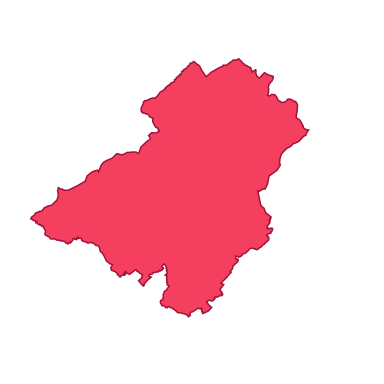 Cahir Lea-4, South Tipperary, Ireland, rotated 138°
{"feature_id": "5873133B92286849050160", "entity_name": "Cahir Lea-4", "entity_type": "district", "adm_level": 2, "iso_a3": "IRL", "parent_name": "Ireland", "parent_adm1": "South Tipperary", "projection": "equal_earth", "projection_center": [-7.943, 52.328], "detail": "fine", "context": "isolated", "style": "filled", "palette": "rose", "viewbox_px": 384, "rotation_deg": 138, "n_neighbors": 0, "source": "geoboundaries", "source_scale": "gbopen_adm2", "svg_char_len": 6052}
<svg xmlns="http://www.w3.org/2000/svg" viewBox="0 0 384 384"><g transform="rotate(138 192 192)"><path d="M63.9,160.0L65.8,162.6L66.2,165.3L65.3,166.6L63.9,172.2L63.8,174.2L64.5,175.9L64.7,177.9L59.4,182.1L55.4,186.0L54.9,187.0L54.7,189.2L54.3,189.8L55.6,191.2L55.7,192.6L56.8,195.3L57.9,196.0L58.1,196.5L59.3,197.0L60.4,196.2L63.6,197.1L65.8,199.0L65.9,200.9L66.7,201.8L66.8,202.7L65.9,204.2L65.9,205.7L65.5,206.3L65.3,208.6L65.6,209.5L66.3,209.7L67.5,211.3L69.7,211.3L70.7,212.2L71.1,213.2L68.9,214.4L65.8,217.6L65.2,219.0L63.7,219.9L63.4,219.8L63.1,220.4L61.9,220.8L61.0,220.6L59.3,221.1L58.3,221.0L55.9,222.1L54.2,223.5L57.1,228.3L58.3,232.2L65.5,231.5L66.3,234.3L66.0,235.3L65.1,237.7L63.2,239.3L62.9,240.3L67.1,241.0L66.0,243.2L65.2,245.5L66.3,247.0L66.6,249.0L67.8,251.0L67.5,251.5L67.8,253.0L68.2,253.3L67.9,255.5L68.1,259.8L70.6,260.3L73.2,262.6L74.1,262.4L82.1,263.3L83.1,264.7L84.3,265.4L84.8,264.8L85.8,265.0L87.6,265.9L97.8,268.2L99.9,268.0L104.4,268.3L103.2,276.7L102.5,278.7L102.1,281.2L102.4,282.7L102.8,283.0L102.7,284.3L103.2,285.1L103.0,286.8L103.6,287.9L106.4,288.1L106.9,288.3L107.1,288.9L108.8,288.1L110.9,288.3L112.8,287.7L116.6,288.5L117.0,287.6L117.4,287.5L119.1,288.5L121.0,286.6L122.4,287.6L122.8,287.5L123.2,286.6L124.2,287.3L125.9,287.2L127.1,287.5L127.8,286.8L128.7,286.6L129.8,287.2L130.3,286.3L130.9,286.0L133.3,286.3L134.1,287.1L135.7,286.7L137.2,287.1L136.5,286.5L136.9,286.4L137.6,286.5L138.2,287.1L141.7,287.2L142.2,287.1L142.6,286.5L143.6,287.0L145.0,286.7L148.8,287.5L153.2,286.5L155.7,286.4L157.1,286.9L157.9,287.8L160.1,289.1L164.3,290.2L165.8,291.4L167.8,291.4L169.1,290.2L172.8,288.8L174.9,287.2L175.7,285.8L175.8,284.9L175.4,284.7L175.6,283.4L174.6,282.6L174.0,280.8L172.9,279.6L172.7,278.4L173.2,276.2L172.5,275.0L172.4,274.2L171.6,273.1L174.0,270.7L174.8,268.5L174.8,267.6L175.3,266.7L175.5,264.1L175.3,264.1L174.8,263.0L175.5,260.0L175.4,259.0L179.6,260.1L182.2,263.1L186.4,263.0L187.1,259.5L189.1,259.3L190.9,259.8L199.7,259.6L205.9,256.3L206.9,259.1L209.4,261.5L212.0,263.3L213.3,264.6L218.8,266.2L220.6,268.3L221.4,270.0L222.6,270.9L227.3,270.5L228.9,270.6L234.9,272.7L238.0,273.3L241.6,272.7L248.0,269.5L247.7,271.4L250.4,272.9L253.9,273.9L259.2,274.1L264.1,271.5L272.9,273.3L282.9,276.2L286.1,279.1L286.4,280.8L288.1,282.8L287.9,283.3L288.5,284.6L290.7,283.2L293.6,278.9L297.0,276.7L298.1,276.4L304.8,276.1L307.6,277.3L308.1,278.0L309.3,277.9L310.3,278.5L312.7,279.1L316.2,278.3L317.6,278.9L318.1,279.7L318.8,279.6L322.0,281.0L323.1,280.9L324.8,280.2L327.8,280.7L329.8,280.0L329.2,279.0L329.0,277.5L328.4,276.9L328.6,276.4L327.5,275.1L327.6,274.6L328.5,273.7L327.6,273.5L327.9,273.1L328.0,271.1L327.3,270.2L327.4,269.7L326.4,269.1L326.3,268.3L326.6,268.2L326.5,267.3L325.5,266.1L326.4,264.7L326.2,264.3L326.6,262.0L327.2,260.8L327.7,260.2L329.2,259.6L329.8,258.2L328.2,254.0L328.6,252.2L328.0,251.2L325.2,248.8L324.8,247.0L324.3,246.2L323.3,245.7L322.6,243.9L321.9,243.5L321.5,242.6L319.7,240.7L319.9,238.5L319.0,237.3L319.1,236.5L316.9,236.7L316.8,236.1L316.1,236.4L315.2,236.0L315.6,235.6L313.3,235.8L312.8,236.1L312.7,236.7L312.1,237.0L310.6,236.3L310.9,235.4L309.9,234.8L309.8,234.0L309.0,234.2L308.0,235.1L307.3,234.9L307.0,234.4L307.6,233.4L307.0,233.3L305.3,231.7L306.3,229.7L305.9,228.1L303.8,225.2L303.9,224.4L303.5,223.6L301.4,222.5L300.1,221.1L299.2,218.5L299.2,216.6L297.8,215.1L297.8,213.0L299.9,209.3L299.6,206.4L299.8,205.0L300.9,200.5L301.7,198.6L301.6,196.8L301.0,194.9L301.3,194.1L299.7,191.4L300.2,190.8L301.9,190.6L302.8,190.1L303.7,189.2L304.1,187.5L302.6,184.7L302.2,183.1L302.1,181.3L302.6,180.7L302.4,180.6L302.3,177.8L302.6,177.6L302.0,176.7L299.9,177.2L297.9,175.4L296.5,175.3L296.4,175.7L297.1,175.8L296.7,176.8L296.9,177.2L294.6,177.5L294.5,176.9L295.2,176.4L293.5,172.6L285.6,171.9L285.9,169.5L285.2,169.3L285.2,166.8L284.1,163.9L285.1,163.4L286.7,161.7L291.1,161.9L291.3,156.2L291.1,154.7L289.6,154.8L289.5,155.5L284.9,156.2L279.3,156.0L280.4,158.3L278.6,159.1L276.1,157.5L275.1,158.0L274.7,157.7L274.0,157.8L273.1,156.7L270.6,155.7L270.6,155.2L268.8,155.6L268.6,154.6L266.4,154.5L266.5,154.0L264.0,154.5L264.6,156.5L264.3,156.7L261.0,157.5L260.9,156.1L261.4,152.6L262.4,152.6L262.8,150.7L263.7,150.7L264.4,148.3L267.5,148.1L266.5,147.0L267.9,145.8L269.3,143.7L271.5,141.5L271.7,140.0L272.6,139.6L271.9,137.4L276.7,136.3L279.1,136.6L280.4,135.7L282.3,134.9L284.2,132.5L286.8,131.8L288.0,132.3L289.6,130.9L290.4,127.3L289.3,126.8L288.9,126.2L288.7,124.7L289.1,123.9L288.1,123.2L288.0,122.6L286.2,122.8L284.4,118.7L283.5,115.0L283.4,111.9L281.6,110.2L278.8,105.8L278.0,103.7L278.1,101.6L275.7,101.5L275.5,103.0L272.7,103.3L272.2,102.7L265.0,101.4L264.5,100.7L264.2,99.5L262.6,99.2L264.7,96.6L264.2,96.4L265.3,94.4L259.4,92.6L254.6,93.1L255.1,97.2L254.5,100.7L251.0,99.8L251.0,98.9L249.4,97.1L246.2,97.5L246.4,98.4L244.6,98.6L243.8,97.1L239.7,95.9L239.2,95.1L237.7,95.3L237.8,96.3L237.2,96.5L236.5,100.9L230.4,101.9L231.4,105.0L222.4,105.3L222.3,105.7L217.3,106.0L216.6,106.2L216.9,106.7L216.8,107.4L213.2,107.9L211.1,109.6L205.1,109.6L203.2,110.4L202.9,110.9L203.3,112.2L204.3,112.4L204.2,112.9L203.6,113.9L202.1,115.1L201.1,113.4L200.9,112.3L199.8,111.8L197.4,111.4L196.9,111.5L196.0,112.5L194.6,111.3L193.2,110.8L188.9,110.8L187.7,111.3L185.5,110.6L183.6,108.2L183.4,107.3L182.9,107.3L182.9,106.7L182.5,105.8L181.2,105.3L179.2,105.5L178.2,105.0L176.5,104.9L173.9,105.2L173.3,104.8L172.6,105.1L167.5,105.0L165.6,106.2L165.2,108.5L165.7,108.7L165.4,109.9L163.7,109.9L161.1,108.8L161.0,109.2L159.4,109.2L156.9,110.4L156.7,111.4L157.1,112.0L160.1,113.8L160.6,114.7L159.4,115.1L158.9,116.4L155.3,116.9L154.0,117.5L153.8,118.9L152.9,118.8L151.7,119.2L151.8,119.9L153.4,119.9L150.0,120.3L151.0,126.8L150.8,128.6L149.9,130.2L149.3,132.1L149.8,133.1L149.7,136.2L142.4,148.7L142.2,148.0L140.8,147.3L137.2,146.8L135.7,145.3L130.6,147.4L124.0,152.3L114.3,151.3L108.3,152.9L107.6,154.8L104.8,157.6L100.6,160.2L97.8,160.7L92.6,161.0L88.3,159.9L84.9,160.2L80.3,158.5L78.4,158.2L71.9,158.7L69.3,158.0L67.4,159.3L63.9,160.0Z" fill="#f43f5e" stroke="#9f1239" stroke-width="1.5"/></g></svg>